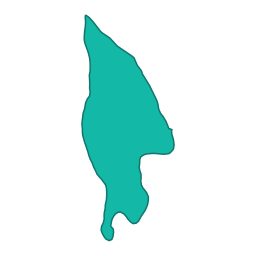 V-2 Mahaicony/Berbice, Mahaica-Berbice, Guyana (Robinson projection)
{"feature_id": "73187651B73006016371738", "entity_name": "V-2 Mahaicony/Berbice", "entity_type": "district", "adm_level": 2, "iso_a3": "GUY", "parent_name": "Guyana", "parent_adm1": "Mahaica-Berbice", "projection": "robinson", "projection_center": [-57.687, 6.279], "detail": "fine", "context": "isolated", "style": "filled", "palette": "teal", "viewbox_px": 256, "rotation_deg": 0, "n_neighbors": 0, "source": "geoboundaries", "source_scale": "gbopen_adm2", "svg_char_len": 1729}
<svg xmlns="http://www.w3.org/2000/svg" viewBox="0 0 256 256"><path d="M113.2,229.0L110.7,226.2L111.3,222.5L112.0,219.5L113.4,216.6L115.4,214.0L118.0,212.2L120.9,212.1L124.2,214.2L126.3,216.6L128.1,219.3L130.6,222.0L133.1,223.6L136.1,223.2L138.5,221.2L140.7,217.1L142.7,214.0L144.8,210.9L146.4,207.7L147.7,204.0L148.3,200.3L148.4,197.0L146.6,192.7L144.6,190.0L142.7,187.7L141.4,184.9L140.8,181.3L141.1,177.8L141.0,174.0L139.8,170.6L139.2,167.2L139.7,163.1L139.7,160.0L140.5,157.1L143.5,155.0L146.3,154.0L149.4,153.7L152.3,153.4L155.9,153.5L159.9,153.9L162.9,154.2L166.5,154.0L169.2,153.5L171.4,151.6L173.4,149.1L174.1,145.0L173.6,140.6L172.9,137.7L171.8,134.3L171.6,130.9L171.9,129.6L168.8,128.5L168.8,128.4L166.1,121.6L163.1,116.6L160.5,113.3L158.7,109.1L157.8,103.6L156.8,100.5L149.5,85.5L142.9,74.8L142.7,74.8L141.5,71.0L137.2,65.2L136.3,63.1L134.0,57.8L131.7,55.9L121.1,48.7L117.2,46.0L109.8,38.0L102.1,32.8L100.7,31.6L92.7,21.3L88.9,17.3L86.3,15.5L85.5,15.4L85.2,17.1L85.6,21.6L85.3,26.7L84.7,30.5L84.3,35.7L84.2,39.2L84.7,42.5L86.3,47.1L87.9,51.4L88.8,54.7L89.7,58.6L90.1,62.6L90.2,67.7L90.0,72.0L89.3,75.1L89.6,79.9L89.7,84.4L89.6,88.5L90.2,91.6L89.5,96.1L87.4,98.8L85.6,102.9L84.6,108.8L83.2,113.0L82.4,119.4L81.9,123.7L82.4,128.9L82.4,132.2L82.7,135.3L83.7,138.8L84.5,141.8L85.6,144.9L86.6,147.9L87.8,151.5L88.9,155.5L90.2,159.1L91.9,162.2L93.6,166.8L95.7,171.1L97.0,174.1L99.3,176.9L101.4,179.1L103.8,182.4L105.7,185.1L106.5,188.4L106.7,192.0L106.7,195.5L106.4,200.1L105.3,205.0L105.2,208.3L104.3,212.5L104.1,215.6L104.2,219.0L103.3,222.8L101.6,226.3L101.1,230.1L102.2,233.2L104.1,236.7L106.0,239.1L109.2,240.6L111.8,239.5L113.0,236.4L113.6,232.2L113.2,229.0Z" fill="#14b8a6" stroke="#0f766e" stroke-width="1.5"/></svg>